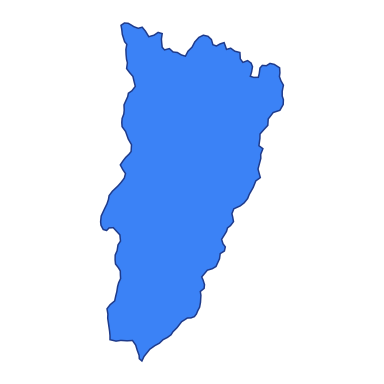 outline of Magda, São Paulo, Brazil
{"feature_id": "56859067B8707426341573", "entity_name": "Magda", "entity_type": "district", "adm_level": 2, "iso_a3": "BRA", "parent_name": "Brazil", "parent_adm1": "São Paulo", "projection": "orthographic", "projection_center": [-50.232, -20.61], "detail": "fine", "context": "isolated", "style": "filled", "palette": "blue", "viewbox_px": 384, "rotation_deg": 0, "n_neighbors": 0, "source": "geoboundaries", "source_scale": "gbopen_adm2", "svg_char_len": 2491}
<svg xmlns="http://www.w3.org/2000/svg" viewBox="0 0 384 384"><path d="M283.4,85.2L280.9,80.7L279.4,76.6L279.9,72.9L279.6,67.8L274.3,64.4L270.0,63.4L266.4,65.7L262.3,65.4L260.0,68.0L259.2,73.8L258.3,77.3L253.7,77.4L250.3,76.3L251.6,71.9L252.5,66.7L251.1,63.1L247.6,60.6L242.9,62.4L240.3,58.9L239.9,52.5L234.8,51.2L230.7,48.2L226.5,49.4L225.4,46.1L224.1,42.6L220.1,43.9L216.4,46.0L212.9,44.7L211.4,39.5L208.0,36.3L203.3,35.2L198.9,37.4L194.8,41.9L192.1,47.1L188.0,51.2L185.4,56.2L181.3,54.9L177.4,52.5L173.1,52.0L169.4,48.6L164.5,49.9L162.2,47.3L161.7,42.9L161.4,39.1L162.2,33.6L158.1,32.4L154.0,35.2L148.8,36.7L145.4,31.1L142.2,27.2L138.2,28.3L133.9,26.7L131.2,25.0L128.2,23.3L124.4,23.0L121.0,25.3L121.8,29.6L122.3,34.4L124.6,41.7L126.8,44.3L125.9,49.4L126.1,54.6L126.5,59.1L127.4,62.8L126.6,68.6L129.8,72.8L132.9,76.4L133.8,80.3L135.3,86.4L131.9,90.8L128.4,93.2L127.7,96.7L125.6,101.3L124.0,104.9L124.2,110.3L123.8,114.0L122.1,118.5L121.8,122.6L122.1,126.7L125.6,131.5L128.3,139.1L131.5,144.7L131.1,151.5L129.1,154.1L125.7,157.4L123.2,160.6L120.3,164.9L122.8,169.6L125.5,173.6L124.3,178.1L121.1,182.4L117.8,186.1L112.4,191.2L109.1,195.6L108.4,199.6L107.0,203.8L104.6,208.7L101.2,216.0L100.6,221.8L101.0,225.3L103.2,229.5L106.6,230.5L109.1,227.9L113.3,227.7L119.9,234.9L120.5,241.1L118.0,244.9L117.1,250.7L115.2,255.0L115.1,259.9L115.5,264.0L118.3,267.6L120.3,270.9L120.4,274.9L120.6,278.6L118.7,282.6L117.6,286.5L116.8,291.8L115.7,296.1L114.7,300.9L110.2,304.6L107.0,308.8L107.9,314.1L107.7,318.1L109.6,331.3L110.0,335.6L110.0,339.7L116.0,341.1L120.8,340.4L127.1,340.8L132.5,340.5L135.7,345.1L137.2,350.1L139.1,355.3L139.3,358.7L141.9,361.0L144.0,356.5L149.8,349.2L154.9,345.6L159.4,343.2L163.0,339.7L167.5,337.4L171.0,334.8L172.9,331.8L177.1,327.6L181.6,321.7L184.6,319.8L187.4,318.0L191.0,317.9L194.4,316.6L196.4,314.0L197.7,310.8L199.6,307.2L200.5,302.2L200.9,295.3L200.3,291.5L204.1,288.4L204.5,284.7L203.1,280.1L201.7,276.9L205.0,273.0L207.3,270.2L212.3,268.7L216.0,266.5L219.5,258.8L220.2,253.6L224.4,251.0L225.3,246.9L223.0,243.8L221.6,239.3L224.7,234.4L226.5,231.4L227.5,227.9L230.5,225.6L233.5,221.6L232.7,217.1L231.9,213.7L233.8,208.8L240.2,205.9L244.1,202.9L247.6,198.6L249.3,194.3L253.2,187.4L255.8,180.9L260.3,177.6L258.0,169.0L260.8,158.4L260.7,154.3L262.9,148.7L258.9,145.7L259.9,138.5L260.0,134.0L263.6,129.9L267.8,125.4L268.2,119.0L273.2,112.5L279.9,110.3L283.2,104.5L283.4,99.7L282.2,96.0L282.2,91.3L283.4,85.2Z" fill="#3b82f6" stroke="#1e3a8a" stroke-width="1.5"/></svg>